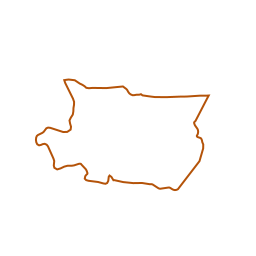 Nyanga, Natural Earth projection, rotated 136°
{"feature_id": "GAB-2623", "entity_name": "Nyanga", "entity_type": "Province", "adm_level": 1, "iso_a3": "GAB", "parent_name": "Gabon", "parent_adm1": "", "projection": "natural_earth1", "projection_center": [11.138, -3.095], "detail": "fine", "context": "isolated", "style": "outline", "palette": "amber", "viewbox_px": 256, "rotation_deg": 136, "n_neighbors": 0, "source": "natural_earth", "source_scale": "10m", "svg_char_len": 1822}
<svg xmlns="http://www.w3.org/2000/svg" viewBox="0 0 256 256"><g transform="rotate(136 128 128)"><path d="M174.7,100.8L173.9,104.4L174.3,106.6L175.7,106.3L178.9,103.7L181.2,102.9L182.9,103.5L184.2,105.2L187.0,109.9L193.1,117.5L194.3,119.6L194.3,121.6L192.3,123.0L190.4,123.3L189.3,123.2L188.5,123.7L187.4,126.1L187.0,127.7L186.9,134.2L186.8,134.7L186.9,135.1L187.6,135.9L188.3,136.4L192.8,138.6L194.5,139.8L197.8,142.9L200.7,144.5L204.6,145.8L207.7,147.4L208.6,150.5L207.5,152.5L204.0,155.5L202.9,157.7L198.3,170.4L198.1,172.5L198.9,174.5L200.5,175.6L202.4,176.3L204.0,177.3L204.6,179.3L203.9,181.4L202.5,183.4L200.7,184.9L199.3,185.5L199.1,185.6L197.6,185.5L193.0,184.0L191.4,183.8L186.9,184.5L185.2,183.8L183.8,182.1L177.4,170.1L174.4,167.4L170.4,166.7L168.1,168.5L166.6,171.4L164.8,174.1L161.8,175.2L158.4,176.0L155.8,177.9L153.4,180.2L150.7,182.2L148.6,184.3L147.2,187.3L141.9,204.0L140.6,206.7L139.0,205.6L137.0,204.1L133.1,199.3L131.8,193.3L131.1,191.6L130.6,189.9L130.2,188.1L130.1,185.9L128.5,183.8L125.7,181.5L115.8,171.7L102.8,161.4L102.1,157.2L102.2,155.7L102.7,154.1L103.0,152.0L102.7,150.2L101.9,148.4L100.7,147.3L98.9,146.1L96.6,144.0L95.2,143.3L94.9,141.4L91.9,137.5L90.8,136.1L89.3,134.2L87.1,131.5L78.6,123.2L68.3,114.0L64.1,110.0L53.7,101.2L48.8,96.5L47.4,95.3L50.5,94.3L74.5,86.2L76.1,86.2L76.9,85.8L77.6,84.4L78.0,83.3L78.6,79.4L78.9,78.4L79.5,77.4L80.3,76.4L81.8,75.3L82.8,74.9L83.7,74.7L84.2,74.2L84.3,73.6L84.1,72.9L83.0,70.8L82.7,69.9L82.9,68.9L83.4,67.7L84.4,66.2L85.3,63.9L88.1,61.1L99.6,54.5L134.6,49.3L135.8,49.7L136.7,50.2L137.5,50.9L138.1,51.8L138.5,52.7L138.8,53.7L139.0,54.6L139.2,55.5L139.6,56.4L140.3,57.1L147.0,61.9L147.6,62.7L148.0,63.7L149.5,70.2L149.9,71.0L151.5,72.6L156.1,78.7L162.5,84.7L169.0,92.4L174.6,100.8L174.7,100.8Z" fill="none" stroke="#b45309" stroke-width="2"/></g></svg>